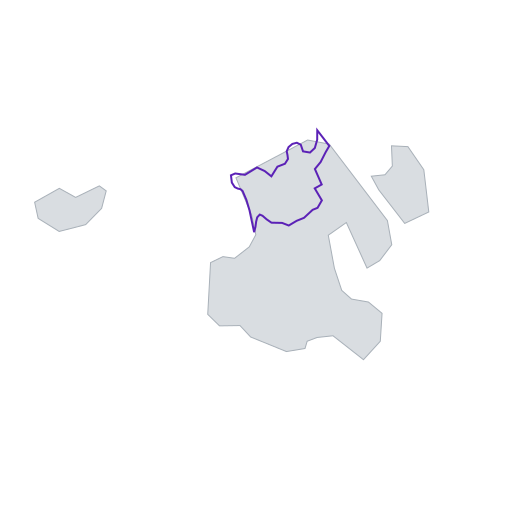 Jomala highlighted on a map of Aland, rotated 158°
{"feature_id": "ALD-4810", "entity_name": "Jomala", "entity_type": "state/province", "adm_level": 1, "iso_a3": "ALA", "parent_name": "Aland", "parent_adm1": "", "projection": "mercator", "projection_center": [19.918, 60.13], "detail": "fine", "context": "in_parent", "style": "outline", "palette": "violet", "viewbox_px": 512, "rotation_deg": 158, "n_neighbors": 0, "source": "natural_earth", "source_scale": "10m", "svg_char_len": 1437}
<svg xmlns="http://www.w3.org/2000/svg" viewBox="0 0 512 512"><g transform="rotate(158 256 256)"><path d="M230.0,157.6L240.5,157.8L245.2,151.9L263.6,156.0L291.3,182.9L296.9,197.5L316.0,204.9L322.6,220.0L300.6,266.9L286.9,267.8L276.7,261.9L258.8,267.0L248.2,275.8L244.7,295.3L245.3,336.0L164.7,344.2L146.2,332.3L120.9,239.6L125.9,215.6L143.0,205.4L157.6,203.2L159.7,253.2L181.2,248.2L187.9,215.3L189.4,192.0L183.6,180.3L169.0,171.2L160.6,155.6L172.7,130.4L195.2,119.6L214.5,153.2L230.0,157.6ZM117.4,271.3L119.2,286.8L106.0,283.0L95.9,288.3L89.1,307.4L74.2,300.5L68.1,273.1L79.3,232.1L105.9,230.5L117.4,271.3ZM443.9,372.5L441.1,388.8L413.0,392.4L401.3,377.9L375.0,379.7L370.5,372.5L381.3,358.0L402.2,348.9L429.3,352.5L443.9,372.5Z" fill="#d9dde1" stroke="#a8b0b8" stroke-width="1"/><path d="M202.7,330.8L194.6,330.7L190.0,334.0L189.0,337.8L188.3,341.6L185.0,344.8L180.3,346.3L175.7,345.7L172.8,342.4L173.2,335.4L167.2,331.7L161.0,334.1L155.7,340.9L152.1,349.6L146.8,330.6L152.5,326.2L160.9,318.9L168.8,314.6L168.3,297.7L176.2,296.7L174.1,282.9L180.9,277.6L186.2,277.6L197.2,273.4L205.1,273.4L214.2,272.0L219.4,276.9L229.2,281.1L232.4,286.0L234.9,290.9L237.0,293.0L240.4,291.4L243.0,287.8L245.6,283.2L248.8,278.8L244.9,300.9L243.9,311.6L244.1,321.3L245.3,323.7L247.6,325.3L249.9,327.8L250.9,333.1L249.0,340.2L244.4,340.3L235.8,335.4L221.9,337.7L216.1,331.5L211.9,324.1L202.7,330.8Z" fill="none" stroke="#5b21b6" stroke-width="2"/></g></svg>